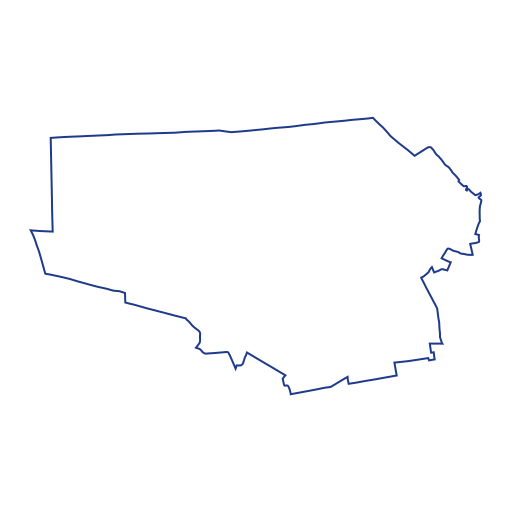 Tan Phuoc, Tiền Giang, Vietnam
{"feature_id": "81297802B67867529169474", "entity_name": "Tan Phuoc", "entity_type": "district", "adm_level": 2, "iso_a3": "VNM", "parent_name": "Vietnam", "parent_adm1": "Tiền Giang", "projection": "albers", "projection_center": [106.267, 10.509], "detail": "fine", "context": "isolated", "style": "outline", "palette": "blue", "viewbox_px": 512, "rotation_deg": 0, "n_neighbors": 0, "source": "geoboundaries", "source_scale": "gbopen_adm2", "svg_char_len": 5132}
<svg xmlns="http://www.w3.org/2000/svg" viewBox="0 0 512 512"><path d="M480.1,221.0L479.9,220.5L479.8,220.2L479.8,219.4L479.8,218.8L479.7,218.3L479.7,215.8L479.6,212.4L479.7,209.3L479.9,206.5L480.4,204.6L481.0,202.3L481.3,201.0L481.3,200.5L481.2,200.0L480.9,199.6L479.3,198.5L478.8,198.1L478.6,197.7L479.1,196.8L479.9,196.3L480.4,196.0L480.7,195.6L480.9,195.3L480.9,194.4L480.8,193.9L480.7,193.3L480.5,193.0L480.4,192.8L479.1,193.8L477.7,194.5L475.9,195.0L475.3,195.2L474.2,194.3L473.1,193.4L472.1,192.6L470.8,191.5L469.4,189.9L468.8,189.3L468.3,189.1L467.9,189.1L467.5,189.4L467.1,189.9L466.8,190.5L466.4,190.3L466.0,189.9L466.1,189.4L466.2,189.0L466.5,188.5L466.8,188.0L467.0,187.6L467.1,187.2L467.1,186.9L467.0,186.6L466.6,186.2L466.3,186.0L465.5,186.0L464.8,186.2L464.0,186.3L463.5,186.1L461.7,184.5L458.5,181.4L459.1,179.9L458.7,179.4L456.9,177.0L455.1,175.1L454.7,174.7L452.7,172.7L452.2,172.1L452.1,171.8L451.8,171.3L451.4,170.7L450.3,169.3L449.4,168.0L448.8,167.4L448.0,166.7L447.3,166.3L446.4,165.7L445.5,165.1L444.8,164.3L444.2,163.5L443.7,162.8L443.2,162.0L442.6,161.2L442.0,160.4L441.2,159.4L438.7,156.5L438.2,156.0L437.1,155.2L436.7,154.8L436.6,154.7L436.1,154.2L433.3,149.9L431.1,147.5L430.0,147.1L429.3,147.1L428.1,147.3L424.5,149.5L414.6,155.8L407.6,149.9L402.4,145.9L398.3,142.7L397.0,141.6L393.1,138.3L390.1,135.7L389.1,134.4L386.8,131.7L382.9,127.4L380.4,125.2L376.1,121.1L372.9,117.8L371.6,118.0L367.8,118.5L361.3,119.1L352.7,119.8L348.9,120.2L345.0,120.7L342.5,120.9L337.3,121.4L330.2,122.0L324.9,122.5L321.5,123.0L313.1,124.1L305.2,124.8L295.9,126.1L290.0,126.8L289.1,126.9L283.0,127.4L278.5,127.7L277.5,127.8L272.0,128.3L263.4,129.3L259.0,129.7L250.0,130.6L239.9,131.5L230.9,132.2L230.1,132.0L225.4,131.4L219.2,130.5L218.1,130.6L212.3,130.9L204.5,131.2L196.6,131.5L195.4,131.5L185.6,131.9L175.0,132.7L160.4,133.1L148.5,133.5L138.3,133.7L126.8,134.1L115.6,134.5L111.7,134.8L108.1,135.1L105.7,135.2L87.2,136.0L81.6,136.3L68.6,136.8L59.3,137.3L52.0,137.8L51.4,137.8L50.7,137.9L51.9,197.2L52.2,214.5L52.6,228.9L52.7,231.6L39.6,231.0L34.2,230.6L30.7,230.3L33.1,235.1L34.5,238.6L35.8,242.2L36.3,244.1L38.5,250.0L39.6,253.5L43.0,265.4L44.0,269.2L44.8,271.9L45.3,273.6L45.7,273.8L47.5,274.1L51.5,274.8L54.1,275.4L57.6,276.1L65.0,277.8L70.3,279.1L78.1,281.5L84.4,283.2L90.8,285.0L98.1,286.9L101.8,287.7L106.4,288.7L108.7,289.3L110.2,289.8L112.5,290.4L113.7,290.7L116.1,290.9L119.4,291.2L123.8,292.6L125.0,293.0L125.3,302.5L130.2,303.8L133.8,304.6L146.5,308.2L160.4,311.8L174.4,315.5L185.9,318.4L186.5,319.5L188.2,320.9L190.1,322.9L192.1,325.4L194.4,327.5L195.6,328.4L196.6,329.2L198.0,330.2L199.1,331.2L199.8,332.2L200.1,333.5L200.2,334.3L200.0,335.5L200.0,338.0L200.1,340.1L199.9,341.6L199.8,342.4L199.5,342.9L198.9,343.9L197.4,345.9L196.7,346.8L195.9,347.7L196.6,348.0L196.9,348.1L199.0,348.7L200.1,349.3L201.2,350.4L202.7,352.2L203.8,352.9L204.8,353.5L205.4,353.6L206.2,353.6L206.5,353.6L208.6,353.4L212.4,353.2L218.4,352.7L222.1,352.4L226.1,352.0L227.6,352.1L228.1,352.4L228.5,352.9L229.5,354.7L232.6,361.6L235.6,368.7L236.7,365.4L239.4,365.5L241.2,365.3L241.9,364.6L242.7,363.9L243.3,362.7L243.5,361.7L244.0,360.2L244.9,357.4L246.1,354.9L247.0,352.5L248.6,353.5L254.0,356.7L259.3,359.9L269.9,366.1L280.3,372.3L285.4,375.3L283.6,377.4L282.7,378.6L283.7,383.4L284.1,385.0L284.4,385.4L284.6,385.6L284.9,385.7L285.6,385.6L286.4,385.5L286.5,385.4L287.1,385.5L287.7,385.7L288.0,386.0L288.3,386.3L289.4,388.7L290.1,391.2L290.8,393.9L290.8,394.2L308.1,391.0L317.0,389.3L319.9,388.7L326.0,387.5L326.7,387.5L330.8,386.9L339.4,381.7L344.4,378.7L347.6,376.9L347.7,379.2L348.1,381.2L348.7,383.8L354.6,382.9L358.7,382.2L366.1,380.8L369.4,380.3L374.8,379.4L375.0,379.4L377.8,378.9L379.8,378.5L389.9,376.7L396.7,375.5L395.7,370.0L394.4,362.6L408.5,361.1L428.2,358.1L429.1,360.4L433.9,359.5L434.7,359.4L434.5,358.4L433.7,352.3L431.1,352.7L429.8,343.6L438.9,343.6L442.4,343.7L441.6,342.1L441.0,340.2L440.3,338.1L440.0,336.8L440.0,335.1L440.0,333.2L439.8,331.9L439.6,330.0L439.4,327.5L439.3,325.2L439.2,322.5L438.9,320.8L438.7,319.8L438.5,318.9L438.4,318.1L437.7,312.6L437.5,310.9L437.2,308.6L436.2,306.5L425.7,286.7L425.2,285.6L422.3,279.9L421.8,279.1L421.2,277.6L421.5,277.5L421.9,277.4L423.5,276.5L426.3,274.2L428.5,272.3L428.9,271.5L429.9,269.5L431.2,267.9L431.9,267.1L434.1,272.4L438.8,270.7L441.3,269.3L441.9,269.2L442.6,269.2L444.9,269.8L447.3,270.4L450.7,262.3L450.3,262.2L447.3,261.0L441.6,258.3L443.1,255.6L443.9,254.5L445.2,252.4L446.4,250.3L447.2,249.2L447.6,248.7L448.0,248.6L448.6,248.6L448.9,248.6L449.5,248.8L450.6,249.3L451.8,250.0L453.0,250.6L454.1,251.0L455.7,251.4L457.0,251.7L458.0,252.0L458.6,252.2L459.2,252.7L459.9,253.1L460.7,253.5L461.5,253.7L462.8,253.8L464.0,254.0L465.0,254.2L466.2,254.5L467.5,254.7L468.6,254.8L469.7,254.9L470.9,254.9L471.7,254.9L472.7,254.8L471.6,250.0L470.4,244.8L470.2,243.9L472.2,243.5L475.1,243.1L476.5,242.8L478.0,242.3L479.0,241.8L479.1,241.3L479.1,240.8L479.1,240.2L479.1,239.7L479.0,239.2L478.9,238.5L478.8,238.1L478.8,237.5L478.8,236.2L478.9,235.6L479.0,235.0L475.3,234.0L476.6,229.6L477.7,226.4L478.8,223.4L480.1,221.0Z" fill="none" stroke="#1e3a8a" stroke-width="2"/></svg>